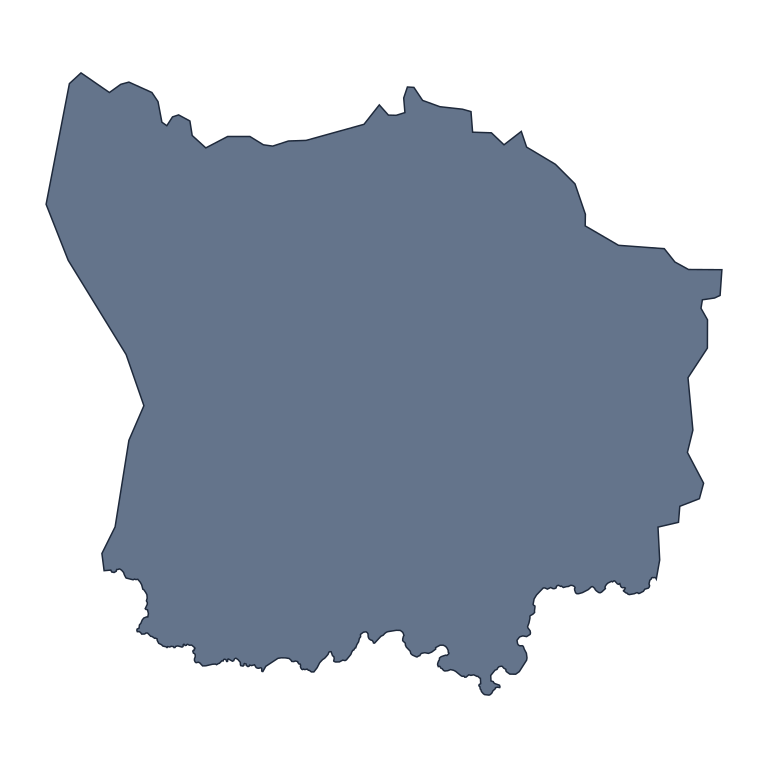 the district of Porvenir, Paysandú, Uruguay
{"feature_id": "84410073B33376625249315", "entity_name": "Porvenir", "entity_type": "district", "adm_level": 2, "iso_a3": "URY", "parent_name": "Uruguay", "parent_adm1": "Paysandú", "projection": "natural_earth1", "projection_center": [-57.84, -32.438], "detail": "fine", "context": "isolated", "style": "filled", "palette": "slate", "viewbox_px": 768, "rotation_deg": 0, "n_neighbors": 0, "source": "geoboundaries", "source_scale": "gbopen_adm2", "svg_char_len": 6119}
<svg xmlns="http://www.w3.org/2000/svg" viewBox="0 0 768 768"><path d="M555.4,164.3L526.6,147.1L521.3,131.4L504.0,144.8L491.4,132.8L472.6,132.2L471.0,111.6L462.5,109.2L439.9,106.7L422.6,100.4L413.9,87.4L407.4,87.0L403.7,98.0L404.9,112.6L396.2,115.3L388.4,115.1L379.3,104.9L364.0,124.3L306.1,140.4L288.4,141.0L272.7,146.1L263.4,144.8L249.9,136.5L227.6,136.5L205.8,147.9L192.2,135.5L189.9,121.0L178.6,114.9L172.5,116.9L166.8,125.7L161.9,122.2L158.0,101.6L151.9,92.5L128.9,82.1L120.8,84.3L109.4,92.5L81.0,72.9L69.4,83.6L46.1,204.3L68.2,260.3L126.1,354.5L143.9,405.7L128.9,440.3L115.1,526.9L101.9,553.5L104.1,570.7L110.8,570.1L111.7,572.0L114.1,572.5L116.2,571.3L116.3,570.3L116.9,569.4L117.6,569.6L119.3,568.9L120.1,569.2L121.6,570.2L123.6,572.5L124.3,574.7L125.9,577.8L126.4,578.1L133.1,579.8L134.5,579.1L135.9,579.6L137.8,579.3L140.3,582.3L141.7,584.9L142.8,589.2L143.8,589.7L145.5,592.1L146.9,594.6L147.2,598.1L146.4,600.9L147.3,602.5L147.3,604.2L145.2,608.7L145.9,609.4L147.5,609.8L148.4,613.6L147.8,616.9L146.6,616.9L143.8,618.0L142.2,620.0L140.9,623.2L139.4,625.0L139.1,628.0L137.0,629.2L136.9,630.7L137.3,631.7L139.3,631.6L140.6,632.6L141.7,634.1L144.7,634.0L146.0,633.0L147.6,633.1L150.7,636.3L152.1,636.5L154.6,638.3L155.5,638.1L157.2,639.0L157.2,640.4L158.7,643.3L161.5,644.7L162.9,646.1L165.7,646.7L166.5,647.0L166.8,647.5L167.2,647.5L167.7,646.6L169.9,647.0L171.0,646.3L173.4,646.6L174.0,647.6L175.0,647.5L175.7,646.4L177.8,645.9L182.0,647.1L182.9,646.6L183.2,646.0L183.1,645.1L183.5,644.4L184.1,644.3L185.1,645.5L186.3,645.3L186.7,644.6L187.7,644.3L189.3,645.2L191.7,645.1L194.8,647.8L194.9,648.7L194.3,648.9L194.0,650.4L193.3,650.4L192.8,651.1L193.4,653.1L194.6,653.7L195.2,654.7L195.2,657.0L194.5,658.6L194.4,660.2L195.1,661.9L196.1,662.7L198.3,662.2L199.7,662.8L202.6,665.9L205.9,665.8L212.7,664.2L215.5,664.1L216.6,664.7L218.3,663.6L219.4,663.3L221.9,660.8L223.1,661.0L223.6,659.6L224.3,659.2L225.4,659.4L226.3,660.2L226.6,661.4L227.0,661.6L227.7,661.1L227.6,659.8L228.0,659.1L228.5,659.0L232.4,661.2L233.7,660.7L234.4,659.0L235.4,658.3L236.1,658.3L238.0,659.6L240.3,662.3L240.4,664.6L240.7,665.6L243.0,666.1L244.0,665.2L243.9,664.1L244.5,663.5L246.2,664.1L246.2,665.4L248.0,666.6L249.2,666.1L249.7,665.1L251.5,665.6L254.5,664.8L256.1,667.5L257.2,668.1L258.7,668.3L260.8,667.7L261.3,668.1L261.7,668.6L261.7,671.0L262.2,671.5L262.9,671.5L265.8,666.3L278.0,658.3L281.4,657.8L285.6,657.9L289.2,658.5L291.2,660.4L291.7,661.4L293.8,661.6L295.3,661.0L297.7,661.6L297.8,662.4L299.0,664.0L300.2,664.1L300.6,665.2L300.4,666.6L300.9,668.1L301.8,669.3L302.6,669.6L303.5,669.1L304.8,669.6L307.1,669.1L308.3,670.2L309.6,670.5L311.3,671.9L313.9,671.9L317.1,667.8L319.7,662.7L322.6,659.6L324.6,658.3L326.0,656.8L328.1,654.3L328.8,652.3L329.8,651.7L331.1,651.7L332.5,655.7L333.8,656.6L334.2,658.5L333.7,660.9L334.0,661.4L335.5,662.0L339.4,661.9L342.8,660.1L345.0,660.6L346.4,659.9L350.9,654.4L351.7,652.2L352.8,650.3L353.7,650.1L354.8,648.2L355.7,647.9L356.8,644.7L358.6,641.8L359.4,638.4L360.6,636.8L360.5,634.4L363.4,632.2L366.1,631.8L367.3,632.7L368.0,633.8L368.2,636.9L369.0,638.7L370.5,639.9L372.3,640.5L373.2,641.9L373.5,643.0L374.6,643.1L381.0,636.2L383.2,635.2L384.7,633.5L386.3,632.3L387.7,631.7L396.3,630.3L400.3,630.4L402.7,632.3L403.2,633.3L404.0,635.4L403.4,636.3L402.7,639.0L402.7,640.7L405.3,643.2L405.4,645.1L406.3,647.1L410.2,651.2L410.8,653.6L412.3,655.0L415.8,656.6L417.0,657.0L418.7,655.9L419.8,655.7L420.7,654.0L421.7,653.3L424.8,652.7L428.5,653.4L431.7,652.1L435.7,649.1L435.6,647.6L440.1,645.2L443.3,645.2L445.6,646.4L447.1,648.2L448.2,650.5L448.2,652.2L448.9,653.0L448.8,653.7L446.9,655.5L445.9,655.1L443.6,655.8L441.1,656.7L439.5,658.0L439.3,660.0L438.5,661.1L437.7,663.4L437.6,664.8L438.3,666.6L438.9,666.3L439.8,666.4L440.9,668.2L442.2,668.7L443.5,670.4L444.8,671.0L447.8,670.7L450.5,669.6L453.6,670.3L455.7,671.4L460.7,675.5L462.1,676.3L464.0,676.2L464.7,677.2L466.1,677.1L468.8,674.8L470.9,675.4L473.7,674.8L477.0,676.4L477.9,676.3L479.6,678.0L480.4,678.3L480.7,683.7L479.2,684.5L478.9,685.4L479.1,686.1L479.9,686.7L480.2,689.0L480.8,689.5L481.5,691.6L483.4,693.8L484.6,694.6L489.0,695.1L490.1,694.7L491.7,693.3L492.9,690.9L495.3,688.7L495.5,687.7L497.4,687.2L499.7,687.6L500.0,686.9L499.5,685.2L494.7,683.5L493.8,682.7L493.2,681.6L491.0,680.9L490.7,675.5L495.0,670.2L497.0,669.4L497.9,667.7L499.0,666.7L501.4,666.2L502.3,666.4L503.7,668.1L505.9,669.4L505.9,670.8L506.5,671.7L509.8,674.1L515.7,674.2L519.3,671.6L526.6,660.2L527.0,657.9L526.4,653.2L524.2,649.0L523.5,646.9L523.0,646.1L522.2,645.7L519.8,645.8L518.4,645.0L517.6,643.7L517.0,640.3L519.1,637.5L519.9,636.8L522.8,635.9L526.6,636.6L530.1,634.4L530.5,633.0L530.1,630.8L527.9,627.8L527.6,626.6L529.0,622.9L530.0,617.9L529.8,616.8L530.2,615.7L532.9,614.2L534.6,612.5L534.5,610.7L535.0,606.7L534.7,605.7L533.9,605.5L533.1,604.4L534.1,599.0L536.5,595.0L543.2,588.0L544.8,587.9L547.4,589.1L550.7,587.5L553.1,588.7L554.7,588.6L556.1,587.9L556.4,586.5L557.3,585.6L558.6,585.3L560.6,586.4L561.5,586.1L563.3,587.5L566.6,586.6L568.3,586.5L570.7,585.3L572.0,585.4L573.5,585.9L574.6,586.8L575.1,587.8L574.5,588.8L574.7,590.2L575.6,592.8L576.8,593.7L578.7,593.7L582.5,592.6L588.3,589.6L591.5,586.7L592.6,586.6L594.7,588.4L595.1,589.5L596.3,590.8L598.6,592.5L600.1,592.8L601.6,592.1L605.4,588.6L605.0,587.4L605.3,586.2L606.5,584.4L607.9,583.1L611.5,581.3L612.6,581.9L613.6,581.0L614.7,580.9L617.4,583.9L618.6,584.3L619.8,583.6L620.7,586.3L621.5,587.3L622.4,587.7L624.6,587.6L625.3,588.1L624.2,590.2L623.5,590.4L623.5,591.0L626.1,593.0L627.1,593.2L628.0,594.2L629.3,594.6L634.4,593.7L636.6,592.7L637.7,592.7L638.4,593.5L639.4,593.4L643.4,591.3L644.8,589.2L648.4,588.1L649.3,586.9L649.6,585.5L649.0,584.0L649.8,580.3L651.4,578.8L651.6,577.9L652.4,577.5L653.7,577.7L655.1,577.5L655.8,578.0L656.3,579.0L659.7,560.0L658.0,527.1L678.5,522.3L679.8,506.3L699.4,498.7L703.6,483.2L687.4,452.4L692.9,430.1L688.0,377.7L707.4,348.1L707.5,319.8L701.0,308.3L702.4,299.8L714.6,298.0L720.1,295.4L721.9,269.7L688.5,269.5L674.9,262.0L664.3,248.7L618.5,245.3L585.2,225.9L585.4,214.3L575.0,183.9L555.4,164.3Z" fill="#64748b" stroke="#1e293b" stroke-width="1.5"/></svg>